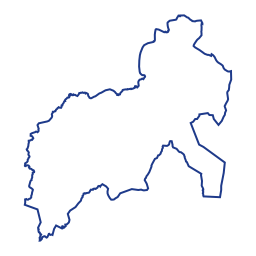 Birnin Gwari, Kaduna, Nigeria (Robinson projection)
{"feature_id": "59680162B79463473975333", "entity_name": "Birnin Gwari", "entity_type": "district", "adm_level": 2, "iso_a3": "NGA", "parent_name": "Nigeria", "parent_adm1": "Kaduna", "projection": "robinson", "projection_center": [6.471, 10.872], "detail": "fine", "context": "isolated", "style": "outline", "palette": "blue", "viewbox_px": 256, "rotation_deg": 0, "n_neighbors": 0, "source": "geoboundaries", "source_scale": "gbopen_adm2", "svg_char_len": 5684}
<svg xmlns="http://www.w3.org/2000/svg" viewBox="0 0 256 256"><path d="M178.5,15.6L177.0,18.0L176.3,19.5L175.4,19.8L169.8,20.7L168.5,21.7L167.6,22.6L167.5,23.6L167.7,25.8L168.1,27.7L168.9,29.9L168.2,30.5L168.4,31.0L168.1,31.8L166.9,32.4L166.1,32.2L166.0,31.9L165.6,31.7L165.3,31.7L165.0,32.2L164.2,32.2L158.8,29.6L156.2,29.1L155.6,29.6L155.1,32.2L154.8,34.7L154.9,40.1L154.4,41.2L153.7,41.2L153.5,41.9L153.2,42.0L147.9,43.2L144.1,45.2L142.6,47.4L140.6,52.4L139.9,55.2L139.3,60.5L139.1,66.6L139.7,71.8L140.2,73.3L141.7,74.8L142.4,75.1L144.0,75.1L144.7,75.5L145.1,76.5L145.0,76.9L144.3,77.6L143.8,78.6L143.3,79.2L142.2,78.6L141.2,79.3L139.6,79.7L138.6,81.1L138.3,82.0L138.3,82.7L138.7,85.6L138.5,86.1L138.0,86.4L137.5,87.3L137.2,87.5L135.9,86.1L135.0,86.3L135.0,87.6L134.7,87.8L134.4,87.6L133.6,88.4L131.7,89.0L131.2,89.1L131.0,88.7L128.0,89.3L127.4,89.1L127.1,89.5L125.5,89.4L123.3,89.8L122.7,90.0L122.5,90.8L120.3,93.1L120.0,94.4L119.7,94.6L118.5,94.3L118.3,95.1L117.3,95.0L117.4,94.5L115.9,93.2L114.9,91.9L113.4,90.7L109.9,89.3L105.5,90.3L101.3,92.7L99.4,93.4L95.4,96.3L94.3,96.6L91.3,98.2L90.3,98.2L89.4,97.7L89.2,97.1L88.3,95.9L87.8,93.8L86.3,93.0L85.5,93.5L84.9,92.6L83.3,92.9L82.5,92.4L81.6,92.8L80.8,92.7L80.0,93.1L79.3,93.0L78.7,94.4L77.4,96.0L75.7,95.3L75.3,94.9L74.5,94.8L73.9,95.0L73.4,94.5L72.8,95.2L72.3,95.2L71.6,94.4L70.6,93.9L69.6,94.2L69.2,94.6L69.1,95.1L69.9,94.9L70.2,95.5L69.6,96.0L69.2,97.3L68.8,97.6L67.4,97.6L66.4,98.8L65.7,99.2L64.9,100.3L65.2,101.1L64.2,101.5L63.5,103.1L62.5,104.4L62.4,105.3L61.6,105.4L61.5,106.0L61.6,106.8L61.1,107.8L59.7,107.7L58.6,107.2L58.2,107.8L57.6,108.0L57.3,108.7L56.1,109.6L55.4,111.2L54.9,111.1L53.7,111.9L52.8,111.8L52.5,113.2L51.9,114.0L51.8,114.5L52.2,115.9L52.0,116.9L51.6,117.7L49.0,120.7L47.4,121.4L38.8,123.3L37.5,125.1L38.7,128.8L38.4,129.3L38.6,130.6L38.4,131.4L37.5,132.2L36.7,131.7L35.7,131.7L35.3,132.1L32.2,133.1L30.7,133.9L30.6,135.8L32.2,136.3L33.3,138.2L32.2,139.8L31.5,139.6L30.6,140.4L28.7,140.7L28.7,141.3L28.9,142.6L28.5,143.8L28.3,146.0L27.4,148.7L26.7,149.3L27.1,150.4L28.1,151.3L28.8,152.5L28.6,153.1L28.4,154.7L29.5,156.3L29.5,156.8L29.1,157.4L28.6,157.8L28.4,158.7L27.7,159.6L27.7,161.1L27.0,162.1L25.1,163.4L25.2,164.5L24.9,165.2L24.9,165.9L25.1,166.1L25.7,166.1L26.1,165.3L27.0,165.4L27.7,165.3L28.6,165.6L29.2,166.3L29.5,166.9L29.0,167.5L29.7,168.6L31.3,168.9L31.7,169.2L32.6,170.3L33.5,170.2L33.8,170.6L34.2,171.6L34.1,172.2L32.7,172.8L32.7,174.4L32.2,175.0L32.2,177.5L31.5,179.2L31.6,180.1L30.8,180.6L30.4,181.3L29.1,186.1L29.6,187.2L31.6,188.4L32.7,189.4L32.9,189.8L32.1,192.5L31.8,194.5L31.2,195.9L31.3,197.1L31.0,197.7L30.2,198.6L29.1,198.9L28.0,199.7L26.3,199.4L26.2,199.1L25.1,199.4L25.2,200.5L25.2,202.8L24.8,204.8L37.5,209.4L40.7,222.3L38.1,227.7L38.2,228.1L38.4,228.4L38.2,228.8L38.3,229.4L38.7,229.7L38.4,230.7L38.7,231.8L38.9,231.8L39.1,232.0L39.1,232.3L39.7,232.5L39.9,232.9L39.8,233.2L40.2,234.0L40.8,234.1L41.2,234.6L40.4,235.7L40.2,236.5L40.1,237.1L39.6,237.8L39.8,238.3L39.7,238.9L40.0,239.2L39.7,240.6L40.4,240.5L41.8,239.0L42.2,237.3L42.5,237.0L43.9,236.5L44.2,236.2L44.9,236.3L46.5,237.6L47.0,237.4L47.4,237.0L48.2,235.4L48.8,233.9L49.3,233.8L49.8,234.6L50.6,234.9L51.7,234.5L52.5,234.9L54.1,228.9L56.1,225.5L62.1,228.5L62.4,228.4L62.5,227.1L62.2,226.4L62.7,226.2L63.2,226.5L63.6,226.7L64.1,227.6L64.3,227.5L65.0,226.6L65.7,226.1L65.3,224.6L66.8,224.4L68.7,222.6L69.0,222.0L69.5,219.8L67.8,213.9L70.1,210.6L75.5,207.1L78.3,203.4L80.9,200.7L81.5,198.4L82.6,197.1L82.5,196.1L82.8,196.0L83.6,194.3L83.6,193.6L84.6,193.2L85.4,193.6L85.8,193.5L86.1,193.1L88.9,192.7L89.9,191.4L90.2,190.5L91.0,189.6L91.6,189.8L93.0,189.7L93.2,188.9L93.9,188.7L94.9,188.6L95.2,189.0L95.7,188.9L97.5,187.6L98.1,186.3L99.0,185.9L99.7,186.0L100.2,186.6L100.8,185.6L102.4,184.2L106.1,186.4L108.1,188.7L107.5,191.5L107.6,193.6L108.3,195.4L109.7,197.9L111.2,199.7L112.9,199.7L114.3,199.3L115.3,198.4L117.7,197.0L120.2,193.3L131.8,189.1L138.3,190.0L141.2,189.6L142.1,190.0L143.9,190.4L147.0,190.0L148.1,188.4L146.7,183.7L144.7,180.1L145.2,178.5L145.8,178.1L146.5,176.2L147.7,174.7L149.3,172.1L151.5,166.6L151.4,165.7L152.2,163.9L154.9,158.9L157.0,158.0L158.1,155.4L159.1,155.2L160.6,153.7L160.9,152.4L161.9,150.9L161.9,150.1L162.3,148.7L162.9,147.8L162.6,146.5L163.1,145.6L167.0,145.9L168.3,145.2L169.1,144.4L169.6,142.1L170.2,141.1L171.7,141.2L172.6,145.0L172.5,146.0L173.1,147.4L176.6,148.8L178.9,151.6L179.7,152.1L180.9,152.2L182.7,153.5L183.8,154.5L184.1,155.0L184.2,155.8L184.7,156.5L184.7,157.6L185.8,160.4L186.0,161.5L186.9,162.1L188.7,166.2L201.3,173.8L201.0,175.0L202.0,181.0L201.7,185.7L203.2,188.8L203.3,189.7L202.8,189.9L202.7,190.4L203.3,192.0L202.8,193.2L203.2,194.0L203.3,195.7L203.6,196.4L220.0,197.2L221.2,190.0L221.2,185.8L223.7,173.0L224.8,162.5L203.4,146.9L199.1,144.6L190.7,123.0L193.2,121.7L195.2,119.0L197.1,119.0L199.4,115.7L199.4,114.4L207.8,113.1L209.4,115.0L212.8,115.2L213.8,119.0L218.5,124.9L221.8,120.9L223.7,116.6L224.8,114.9L225.1,112.7L226.1,110.4L224.7,106.4L224.9,105.4L225.4,104.9L225.8,103.8L227.6,100.7L228.1,99.1L227.2,92.9L227.5,91.7L228.8,90.1L229.2,87.2L229.3,84.9L231.2,79.6L231.0,71.1L229.1,71.6L227.6,71.3L224.7,69.5L223.6,68.0L222.7,65.6L220.9,64.2L218.3,62.6L217.1,61.5L216.1,60.1L214.6,57.0L213.1,55.2L211.6,54.2L211.1,55.9L208.8,54.9L207.6,54.9L204.7,53.8L199.6,50.1L195.1,47.4L193.6,46.0L193.8,45.0L194.5,43.7L196.7,40.4L197.6,39.4L199.2,38.1L201.5,35.3L201.5,33.0L201.3,31.6L201.5,30.8L201.6,27.2L201.4,25.1L201.7,23.6L202.4,23.9L202.4,23.2L201.0,20.4L197.6,20.7L196.2,20.9L195.1,21.4L192.3,21.1L191.9,20.6L190.1,19.5L188.3,17.7L187.2,17.4L184.2,15.4L180.1,15.5L180.1,16.2L179.6,16.2L178.9,15.7L178.5,15.6Z" fill="none" stroke="#1e3a8a" stroke-width="2"/></svg>